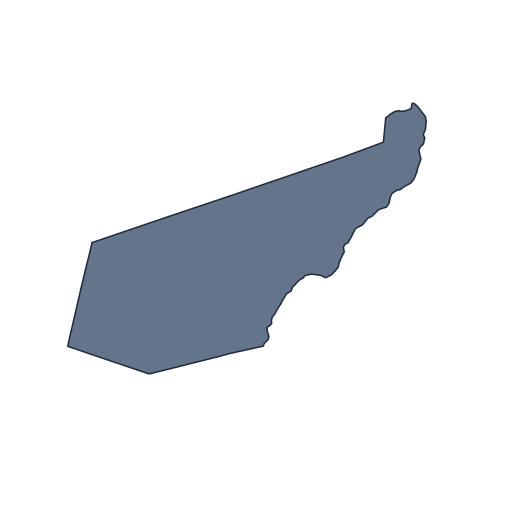 the district of Al Matama, River Nile, Sudan, rotated 339°
{"feature_id": "16777658B39370875153470", "entity_name": "Al Matama", "entity_type": "district", "adm_level": 2, "iso_a3": "SDN", "parent_name": "Sudan", "parent_adm1": "River Nile", "projection": "mercator", "projection_center": [32.797, 16.702], "detail": "fine", "context": "isolated", "style": "filled", "palette": "slate", "viewbox_px": 512, "rotation_deg": 339, "n_neighbors": 0, "source": "geoboundaries", "source_scale": "gbopen_adm2", "svg_char_len": 2669}
<svg xmlns="http://www.w3.org/2000/svg" viewBox="0 0 512 512"><g transform="rotate(339 256 256)"><path d="M47.9,272.9L52.6,276.8L59.2,282.3L63.2,285.7L71.4,292.5L75.9,296.2L79.0,298.8L95.4,312.4L113.3,327.3L115.2,328.0L122.1,328.8L128.9,329.7L131.2,330.0L132.0,330.1L132.3,330.1L135.4,330.5L136.7,330.7L137.0,330.7L137.3,330.7L139.7,331.0L140.9,331.2L144.5,331.6L145.4,331.7L146.8,331.9L148.6,332.1L148.9,332.1L153.2,332.6L153.4,332.7L159.0,333.3L161.9,333.7L167.8,334.4L174.5,335.2L181.6,336.1L183.8,336.4L196.3,337.6L198.1,337.9L201.2,338.3L203.1,338.6L211.3,339.9L214.4,340.3L217.4,340.8L218.0,340.9L223.2,341.6L224.2,341.8L224.3,341.8L224.7,341.9L228.6,342.5L229.6,342.6L230.1,342.6L230.4,342.6L230.7,342.6L232.2,340.6L237.0,338.6L239.2,336.0L239.6,330.1L240.7,326.5L243.8,326.0L246.5,324.6L247.1,322.2L248.9,319.2L253.4,316.5L254.6,315.1L257.8,312.6L261.5,310.0L264.9,306.9L271.0,302.2L276.2,301.3L278.9,298.2L279.8,297.6L281.8,297.1L283.3,296.1L286.3,294.7L288.6,293.9L290.2,293.6L292.1,293.4L295.0,291.8L297.3,292.2L300.7,292.7L303.6,294.0L309.6,297.3L311.6,299.6L312.9,301.1L313.7,301.3L317.1,300.9L318.8,300.8L320.7,300.1L323.8,298.7L328.6,296.0L331.1,292.4L334.7,288.4L338.6,284.9L339.8,283.9L340.8,279.1L341.9,278.0L343.2,277.1L346.6,276.6L352.6,271.7L355.5,268.9L358.7,266.0L362.9,265.5L366.4,265.1L368.2,264.1L374.0,260.8L376.0,260.6L378.1,260.5L378.8,260.3L380.7,259.5L382.1,258.9L384.5,257.8L386.9,256.7L392.1,256.9L394.2,257.1L395.3,257.1L396.9,256.0L397.7,255.5L398.9,254.6L403.2,248.3L405.3,246.5L406.7,245.9L407.6,245.8L409.9,245.5L411.0,244.9L414.0,245.8L417.8,244.7L421.1,244.0L423.5,243.9L427.0,243.2L428.3,242.5L429.4,241.7L430.6,241.1L432.7,239.1L433.6,238.1L436.8,234.6L438.0,232.4L438.7,231.7L444.7,224.6L445.1,221.5L445.9,215.7L448.8,212.9L452.4,211.5L455.1,207.4L455.8,206.4L455.7,202.6L456.5,201.7L459.4,198.7L462.2,193.2L462.4,192.5L463.1,191.6L463.6,188.9L464.1,186.7L463.3,183.9L460.4,174.1L459.0,171.6L458.5,170.4L456.6,169.4L455.4,171.2L453.7,174.0L452.6,174.0L450.3,174.1L449.2,174.1L446.6,173.8L444.6,173.2L441.9,172.4L441.6,171.5L437.2,170.8L432.4,171.7L426.6,173.5L415.7,195.4L372.6,194.9L253.9,190.6L187.9,187.8L138.9,185.9L128.3,185.5L122.4,185.3L108.1,184.7L107.8,184.7L107.8,184.8L107.7,184.8L107.6,185.1L107.4,185.3L107.2,185.6L106.4,186.7L105.9,187.5L102.2,192.9L100.0,196.1L90.8,209.2L89.4,211.3L82.8,220.9L82.3,221.6L82.0,222.1L81.4,222.8L79.9,225.2L78.3,227.5L71.5,237.6L65.2,247.0L62.5,250.9L62.2,251.4L59.2,255.9L56.5,259.8L53.2,264.7L51.6,267.2L51.4,267.5L51.0,268.0L49.9,269.8L49.6,270.2L49.3,270.6L49.0,271.0L48.6,271.8L48.5,272.0L48.1,272.7L47.9,272.9Z" fill="#64748b" stroke="#1e293b" stroke-width="1.5"/></g></svg>